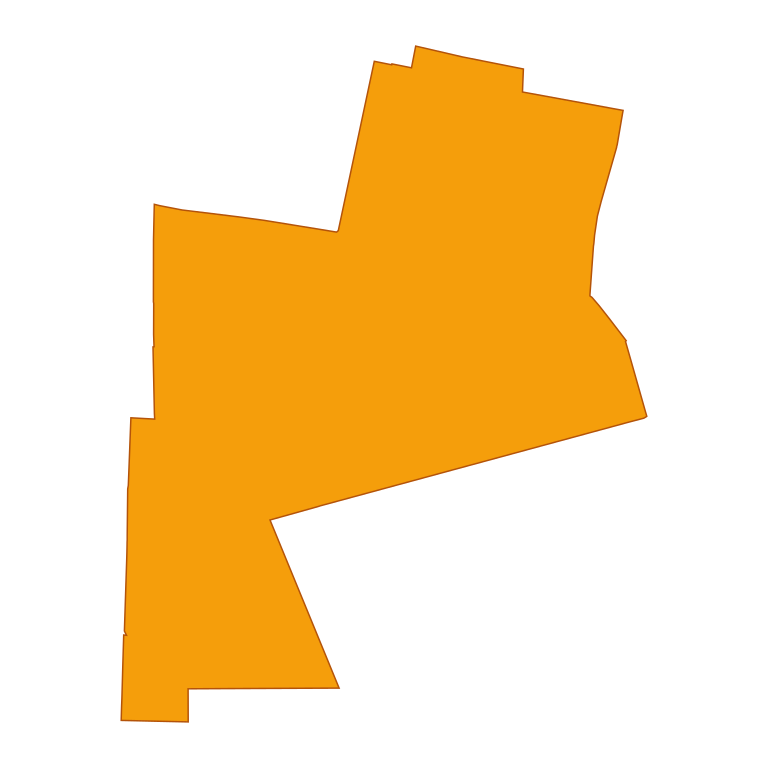 Visina, Olt, Romania (orthographic projection)
{"feature_id": "2599482B5784370948640", "entity_name": "Visina", "entity_type": "district", "adm_level": 2, "iso_a3": "ROU", "parent_name": "Romania", "parent_adm1": "Olt", "projection": "orthographic", "projection_center": [24.468, 43.858], "detail": "fine", "context": "isolated", "style": "filled", "palette": "amber", "viewbox_px": 768, "rotation_deg": 0, "n_neighbors": 0, "source": "geoboundaries", "source_scale": "gbopen_adm2", "svg_char_len": 1215}
<svg xmlns="http://www.w3.org/2000/svg" viewBox="0 0 768 768"><path d="M646.0,416.9L646.8,416.3L645.4,411.5L632.5,366.0L629.0,353.7L625.5,341.5L626.2,340.7L613.4,324.0L610.2,319.8L599.2,305.8L592.0,297.4L590.0,296.0L589.9,295.4L591.7,270.4L593.5,245.5L593.6,245.3L593.9,243.0L594.6,235.0L597.4,216.1L601.2,201.4L616.6,147.4L616.7,146.6L616.8,146.1L617.0,145.4L617.2,144.8L621.3,120.7L622.7,112.6L623.1,110.4L612.6,108.5L522.5,92.0L522.7,86.1L523.4,69.0L462.3,56.9L415.7,46.1L411.5,67.8L391.9,63.9L391.7,64.8L374.3,61.3L338.3,230.6L336.6,232.1L291.7,224.8L264.5,220.4L238.8,216.9L182.2,210.0L164.6,206.6L159.5,205.6L154.3,204.3L154.2,208.5L153.5,239.8L153.4,301.9L153.7,303.4L153.7,305.0L153.6,334.3L154.0,345.9L154.1,346.7L153.0,346.9L154.4,413.6L154.7,419.1L130.9,417.8L128.9,470.1L128.3,485.5L127.7,488.9L127.4,517.2L127.2,535.5L127.2,536.7L127.2,540.1L127.1,541.8L127.0,547.9L126.9,552.8L126.7,559.7L124.4,631.0L126.5,635.3L123.7,635.0L122.7,669.0L121.9,698.4L121.6,705.9L121.3,716.7L121.2,720.4L151.8,721.1L188.2,721.9L188.1,688.8L223.3,688.6L339.1,688.1L270.0,520.0L318.9,506.3L320.0,505.9L588.4,433.1L627.4,422.5L639.6,419.3L643.8,418.2L646.0,416.9Z" fill="#f59e0b" stroke="#b45309" stroke-width="1.5"/></svg>